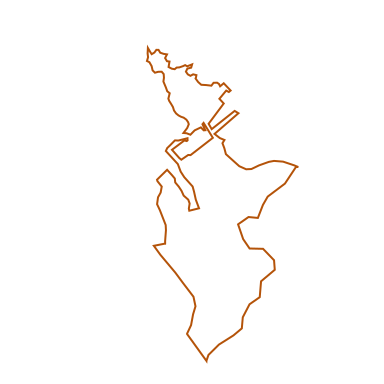 Gangseo-gu, South Gyeongsang, South Korea, rotated 140°
{"feature_id": "91817680B91211823266814", "entity_name": "Gangseo-gu", "entity_type": "district", "adm_level": 2, "iso_a3": "KOR", "parent_name": "South Korea", "parent_adm1": "South Gyeongsang", "projection": "orthographic", "projection_center": [128.865, 35.107], "detail": "fine", "context": "isolated", "style": "outline", "palette": "amber", "viewbox_px": 384, "rotation_deg": 140, "n_neighbors": 0, "source": "geoboundaries", "source_scale": "gbopen_adm2", "svg_char_len": 2417}
<svg xmlns="http://www.w3.org/2000/svg" viewBox="0 0 384 384"><g transform="rotate(140 192 192)"><path d="M289.3,53.5L284.1,56.6L269.5,57.8L269.4,57.8L252.4,55.5L241.5,55.5L233.6,63.4L220.1,69.0L219.9,69.0L207.7,67.9L196.5,79.2L196.3,79.2L178.6,79.2L173.0,87.0L174.1,102.8L184.2,111.7L183.1,123.0L177.5,137.6L177.2,137.6L164.8,136.5L158.2,129.8L146.0,136.5L137.0,139.8L136.7,139.8L115.6,138.7L115.4,138.7L96.4,144.3L96.2,144.3L94.5,142.8L95.7,145.0L96.5,146.6L102.7,156.7L109.2,163.1L113.8,165.7L123.5,169.3L131.7,171.4L135.9,174.6L139.2,181.4L141.7,199.2L139.1,204.7L137.3,209.8L133.7,211.0L136.0,215.4L137.4,222.0L105.8,222.5L107.2,226.7L136.5,227.5L135.4,233.6L110.8,239.4L111.1,245.8L100.6,247.7L99.5,244.9L97.2,244.9L97.8,254.9L102.5,254.9L101.9,257.4L102.5,259.6L105.3,261.8L108.8,261.0L112.4,264.8L116.0,268.2L116.6,272.3L116.3,276.7L115.2,277.3L113.5,278.7L115.5,281.4L118.5,282.0L119.6,284.8L119.3,288.1L116.3,289.5L112.7,287.8L109.9,289.7L114.9,291.4L115.7,293.6L118.0,294.2L121.6,295.6L123.8,297.2L126.3,297.2L128.2,299.4L129.6,302.8L125.4,306.4L127.1,308.3L126.5,311.9L122.7,313.5L124.9,316.0L126.8,319.1L126.3,322.4L127.9,323.8L131.2,323.0L134.3,323.5L134.0,326.0L133.2,330.7L137.0,326.6L139.0,323.5L142.3,321.3L141.2,318.8L142.0,314.4L144.0,310.5L143.7,307.2L140.6,305.8L137.9,303.6L137.9,300.5L140.1,297.5L142.9,295.0L144.8,288.9L146.2,285.1L145.6,282.0L150.1,278.7L150.9,276.5L151.4,272.9L152.0,269.3L153.4,266.0L153.7,262.4L153.1,259.3L152.0,256.6L150.6,254.3L149.8,251.0L150.1,248.0L150.9,246.0L154.5,244.1L160.6,242.7L158.4,240.5L156.4,236.9L150.3,237.5L143.7,235.8L143.4,231.7L142.1,230.8L140.4,237.2L138.7,237.5L141.2,220.1L169.4,221.2L171.1,222.8L179.4,223.6L179.9,226.1L180.2,237.2L164.7,236.4L163.3,234.4L162.2,234.4L160.9,236.1L169.4,240.2L171.9,242.5L178.3,241.9L182.7,241.6L185.7,240.2L184.9,222.5L187.6,214.8L188.4,208.3L188.0,195.8L190.2,191.0L194.0,183.7L197.1,175.0L206.1,179.4L205.1,181.3L201.2,184.7L199.8,188.5L200.7,194.6L199.3,199.6L198.7,204.6L198.7,210.1L196.5,213.4L196.5,217.6L196.8,225.0L210.9,223.9L211.5,222.5L211.7,215.6L216.4,211.7L221.4,209.8L226.6,205.1L228.3,198.7L233.4,183.6L236.5,179.5L244.2,171.6L245.7,169.8L245.8,169.7L246.0,169.9L255.8,175.3L256.6,164.3L256.6,159.7L256.6,149.6L256.6,141.0L257.4,127.8L258.2,110.8L262.8,102.2L269.8,97.6L278.3,90.6L286.7,86.7L287.0,86.5L287.1,85.9L289.5,53.3L289.3,53.5Z" fill="none" stroke="#b45309" stroke-width="2"/></g></svg>